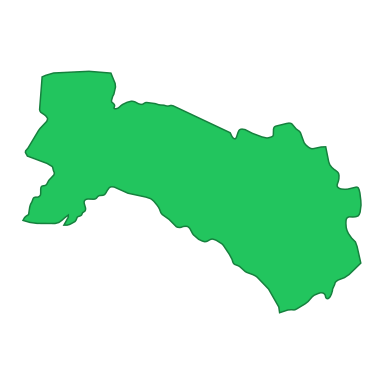 the Province of Chachoengsao
{"feature_id": "THA-431", "entity_name": "Chachoengsao", "entity_type": "Province", "adm_level": 1, "iso_a3": "THA", "parent_name": "Thailand", "parent_adm1": "", "projection": "albers", "projection_center": [101.399, 13.573], "detail": "fine", "context": "isolated", "style": "filled", "palette": "green", "viewbox_px": 384, "rotation_deg": 0, "n_neighbors": 0, "source": "natural_earth", "source_scale": "10m", "svg_char_len": 4236}
<svg xmlns="http://www.w3.org/2000/svg" viewBox="0 0 384 384"><path d="M63.9,225.1L68.3,217.2L68.3,215.1L64.9,217.6L61.9,220.3L58.8,222.5L55.1,223.5L37.1,223.4L29.8,222.4L23.0,220.4L24.6,217.5L26.4,215.9L28.0,215.0L28.4,214.5L28.7,214.2L28.7,213.9L29.7,207.2L30.2,205.4L30.7,204.0L31.7,202.3L32.1,201.4L32.9,199.2L33.3,198.3L34.0,197.6L34.9,197.3L35.9,197.1L37.0,197.2L38.0,197.1L39.0,196.6L39.7,196.0L40.3,195.4L40.6,194.3L40.7,192.7L40.7,189.1L41.0,187.3L41.7,186.3L42.8,185.9L45.1,185.5L46.0,185.0L46.7,184.3L48.6,180.7L49.2,179.9L53.9,174.9L54.2,173.9L54.3,172.7L53.4,170.5L52.7,167.5L52.2,166.5L47.0,163.4L27.4,156.1L25.4,152.5L25.6,150.9L28.0,148.1L38.6,130.4L40.1,128.4L46.7,121.4L47.4,119.6L47.6,118.4L46.8,117.2L45.7,115.8L44.2,114.6L40.9,112.4L40.1,111.3L39.6,109.6L42.0,78.6L42.1,76.9L45.8,75.3L53.6,73.0L89.0,71.3L110.9,73.1L115.1,83.4L115.5,87.0L113.9,94.0L113.7,94.5L113.2,95.4L112.7,96.3L111.5,100.5L111.6,101.6L111.9,102.3L113.1,103.2L113.8,103.9L114.6,105.2L114.5,106.4L114.0,108.0L114.3,108.6L115.1,108.8L116.1,108.7L117.0,108.5L117.9,108.2L119.4,107.1L120.9,105.7L122.5,104.5L127.1,102.3L131.3,101.2L132.8,101.3L134.8,101.8L138.4,103.7L140.4,104.3L142.0,104.4L142.9,104.1L144.7,103.0L145.6,102.6L146.7,102.5L155.2,103.6L158.6,104.7L160.6,105.0L163.9,105.2L166.2,105.9L167.8,106.1L169.1,105.9L170.0,105.6L171.0,105.4L173.1,105.8L230.1,132.7L230.6,133.6L231.5,135.6L232.1,136.7L233.3,138.2L234.3,138.7L234.9,138.8L235.2,138.8L235.4,138.7L235.7,138.4L236.2,137.7L236.6,136.8L238.0,132.5L238.9,130.6L239.5,129.9L240.6,129.3L242.0,129.1L245.1,129.6L252.3,133.3L261.9,136.9L266.8,138.0L268.0,137.9L271.2,137.0L272.1,136.6L272.9,136.0L273.3,135.3L273.5,129.2L273.8,128.0L274.3,127.1L275.1,126.5L276.0,126.1L286.5,123.5L289.0,123.1L290.5,123.3L291.6,123.7L292.3,124.4L296.1,128.9L297.7,130.1L299.3,131.2L299.9,131.9L300.5,132.8L304.1,142.7L305.0,143.9L306.1,145.2L308.6,147.3L310.2,148.2L311.7,148.7L312.9,148.7L314.1,148.5L321.1,147.0L325.7,146.8L328.7,161.8L329.8,164.8L331.8,167.4L334.3,169.6L335.2,170.1L337.4,171.9L338.1,172.7L338.7,173.9L339.0,175.6L338.9,178.7L338.5,180.6L338.1,182.0L337.7,183.0L337.1,185.0L337.2,186.2L337.8,187.3L339.4,188.4L340.8,188.9L342.2,189.1L344.8,189.3L347.4,189.2L356.2,187.1L357.2,187.2L358.2,187.8L359.1,189.7L359.9,193.0L360.8,200.5L361.0,205.2L360.1,212.1L359.2,214.5L358.1,215.9L356.2,216.6L355.1,216.8L352.8,217.0L349.2,216.8L348.2,217.2L347.3,217.7L346.7,218.5L346.2,219.4L346.0,221.0L345.9,223.3L346.2,227.5L347.0,230.5L348.4,233.5L351.6,238.1L355.4,241.9L357.1,246.6L360.8,263.1L349.1,274.5L344.5,277.6L338.2,280.0L336.3,281.3L335.2,282.5L334.6,284.6L332.7,288.8L332.6,289.0L332.5,289.8L332.4,290.8L331.4,294.1L330.1,296.8L329.0,298.0L327.9,298.7L326.9,298.6L326.2,298.1L325.7,297.3L325.2,295.2L324.7,294.3L324.0,293.6L323.1,293.1L322.1,292.8L320.4,292.8L318.2,293.5L314.2,295.2L312.2,296.8L308.1,301.5L305.3,303.7L296.9,308.8L294.9,309.8L293.8,309.9L291.3,309.7L287.8,310.0L279.6,312.7L278.8,307.0L268.6,289.1L257.2,277.2L255.6,276.0L252.8,274.6L246.8,272.4L245.3,271.6L239.6,266.5L238.1,265.7L234.7,264.4L233.7,263.6L233.1,262.6L232.7,261.6L232.1,259.5L229.4,254.4L223.4,245.4L221.9,243.8L216.8,240.6L215.6,240.0L213.8,239.4L212.8,239.1L211.7,239.1L210.6,239.4L209.7,239.8L208.0,240.8L207.0,241.3L206.0,241.6L204.5,241.7L202.2,241.0L198.6,239.3L193.5,234.9L192.6,233.7L189.8,228.4L188.7,227.3L187.6,226.5L186.5,226.3L185.2,226.3L184.1,226.4L182.9,226.6L181.9,227.0L180.8,227.4L179.4,227.5L177.4,227.2L176.3,226.7L169.1,219.4L162.2,214.5L161.7,213.8L160.9,212.8L159.4,208.9L158.5,207.2L157.1,205.2L153.9,201.3L152.1,199.7L150.5,198.6L146.0,197.1L127.9,193.2L114.4,187.1L113.2,186.9L112.0,186.8L110.8,186.9L109.9,187.3L109.1,187.9L107.3,190.4L105.9,192.9L104.7,194.5L103.8,195.0L102.8,195.3L99.3,195.6L98.3,196.1L97.6,196.7L96.4,198.2L95.5,198.8L94.5,199.1L93.3,199.2L88.4,199.0L87.2,199.1L86.1,199.4L85.3,199.8L84.6,200.6L84.2,201.5L84.1,202.6L84.3,203.7L85.5,207.9L85.6,209.0L85.4,210.1L85.0,211.0L84.2,211.6L83.4,212.2L82.6,212.7L82.3,213.4L82.1,213.8L82.0,214.0L81.7,214.8L81.1,215.4L80.2,215.9L78.1,216.6L77.3,217.1L76.9,218.0L76.1,220.0L75.5,220.9L74.9,221.6L71.5,223.5L69.5,224.5L67.2,225.1L64.0,225.1L63.9,225.1Z" fill="#22c55e" stroke="#15803d" stroke-width="1.5"/></svg>